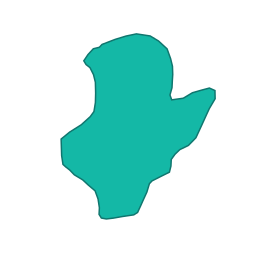 Puryong, Hamgyŏng-bukto, North Korea, rotated 24°
{"feature_id": "82179303B95814990753322", "entity_name": "Puryong", "entity_type": "district", "adm_level": 2, "iso_a3": "PRK", "parent_name": "North Korea", "parent_adm1": "Hamgyŏng-bukto", "projection": "robinson", "projection_center": [129.695, 42.122], "detail": "fine", "context": "isolated", "style": "filled", "palette": "teal", "viewbox_px": 256, "rotation_deg": 24, "n_neighbors": 0, "source": "geoboundaries", "source_scale": "gbopen_adm2", "svg_char_len": 964}
<svg xmlns="http://www.w3.org/2000/svg" viewBox="0 0 256 256"><g transform="rotate(24 128 128)"><path d="M195.2,64.8L192.2,58.4L186.1,58.4L179.9,63.4L172.5,69.6L166.4,78.3L156.5,84.5L152.9,80.8L151.8,73.3L149.4,67.1L147.1,60.9L143.5,53.5L138.7,47.3L131.5,39.8L120.5,36.1L110.8,34.9L97.4,38.6L88.8,44.8L80.2,52.3L70.3,62.2L69.0,65.9L64.1,69.7L61.6,77.1L60.3,84.6L63.9,87.1L68.7,88.3L74.8,93.3L79.6,99.5L84.3,109.4L87.9,118.1L90.2,126.8L88.9,133.0L83.9,144.2L76.4,155.4L71.4,165.3L76.2,175.2L78.6,180.2L83.4,187.7L87.0,188.9L91.9,190.1L98.0,192.6L107.7,193.8L115.0,196.3L123.5,198.8L129.5,205.0L134.3,212.5L136.7,218.7L140.3,221.1L145.2,219.9L151.4,216.2L158.8,211.2L168.6,205.0L171.1,201.2L171.2,193.8L171.2,187.6L171.3,178.9L170.2,170.2L171.5,166.5L177.6,159.0L183.8,151.5L182.7,145.3L180.3,139.1L181.6,132.9L184.1,126.7L190.3,119.3L194.0,109.3L194.2,95.6L194.3,83.2L194.4,77.0L195.7,65.8L195.2,64.8Z" fill="#14b8a6" stroke="#0f766e" stroke-width="1.5"/></g></svg>